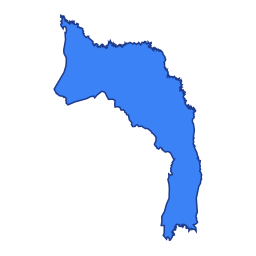 the district of Chum Phae, Khon Kaen, Thailand, rotated 181°
{"feature_id": "78962969B27805721585516", "entity_name": "Chum Phae", "entity_type": "district", "adm_level": 2, "iso_a3": "THA", "parent_name": "Thailand", "parent_adm1": "Khon Kaen", "projection": "equal_earth", "projection_center": [102.084, 16.658], "detail": "fine", "context": "isolated", "style": "filled", "palette": "blue", "viewbox_px": 256, "rotation_deg": 181, "n_neighbors": 0, "source": "geoboundaries", "source_scale": "gbopen_adm2", "svg_char_len": 5800}
<svg xmlns="http://www.w3.org/2000/svg" viewBox="0 0 256 256"><g transform="rotate(181 128 128)"><path d="M197.2,237.7L196.3,237.6L195.7,235.9L196.0,234.3L197.0,233.6L195.9,232.7L196.4,231.6L196.0,231.1L197.0,230.5L196.7,229.2L194.6,226.2L194.2,228.0L192.2,228.4L191.2,225.1L191.6,222.1L192.6,222.3L192.0,215.1L193.6,204.8L193.3,201.5L190.9,197.0L190.9,192.5L191.1,189.1L192.9,182.6L202.5,165.6L200.1,161.1L199.5,161.3L197.4,159.2L193.4,158.5L192.6,157.5L192.1,158.0L190.9,157.1L190.0,155.9L190.7,154.3L190.1,153.8L190.3,151.9L188.4,150.1L181.5,153.2L169.7,156.7L166.3,158.6L163.0,159.3L161.8,157.6L159.8,160.2L155.3,163.9L153.9,164.1L151.7,163.2L148.0,156.3L143.7,156.5L141.4,155.3L141.7,151.5L141.3,148.7L139.0,149.2L136.5,148.5L135.1,145.7L133.0,146.1L131.7,145.1L131.4,143.7L130.1,142.9L129.6,141.3L127.8,140.8L126.8,136.2L124.4,133.6L124.5,131.4L123.4,129.5L121.0,129.7L119.9,131.1L118.7,131.4L117.3,129.7L114.3,130.0L110.8,127.8L108.4,127.8L104.9,125.2L104.0,123.5L102.4,122.5L99.8,119.3L99.8,115.7L101.3,112.2L100.4,110.5L99.4,110.2L98.9,108.5L96.9,107.5L95.5,109.2L93.6,108.2L93.7,107.2L90.3,104.6L88.1,105.2L86.6,104.8L84.9,103.6L81.6,97.3L81.1,97.4L83.2,94.3L82.9,93.3L84.2,91.2L83.6,90.6L84.6,88.2L84.0,87.2L84.5,86.6L84.5,85.3L83.7,84.6L82.9,82.2L84.6,81.7L86.4,82.8L86.2,79.4L87.2,77.5L86.0,72.3L85.6,68.0L85.7,58.5L88.3,52.1L90.0,45.3L92.7,40.1L92.5,35.1L93.1,31.1L90.0,31.1L90.0,23.3L90.9,21.3L87.5,17.5L86.9,19.6L86.1,19.8L84.6,17.7L84.6,16.6L83.9,16.6L81.8,20.0L81.9,20.9L79.7,22.0L79.9,22.8L81.0,22.5L80.6,23.8L81.0,24.6L81.7,24.0L82.3,24.6L80.0,28.0L79.5,27.9L79.2,26.7L78.6,27.1L79.6,30.1L79.1,30.7L78.1,29.8L78.4,31.8L77.5,32.6L76.5,32.6L76.2,31.9L74.7,32.2L75.0,30.6L73.0,30.5L72.2,32.5L71.6,32.6L72.0,30.4L71.5,29.8L69.8,32.4L68.0,31.2L68.3,29.4L68.0,28.8L66.6,30.0L66.6,28.8L65.3,28.7L65.3,26.1L63.0,28.9L62.3,28.6L62.2,27.6L61.4,28.1L59.2,27.5L58.1,26.0L58.4,29.5L61.0,32.3L58.8,33.1L56.8,34.8L58.0,37.8L57.8,39.1L58.6,40.3L58.0,43.3L57.2,44.7L58.5,58.9L56.2,70.9L54.6,74.0L54.3,77.4L53.6,77.8L54.0,81.2L53.5,82.3L54.9,85.7L55.4,85.7L55.5,86.9L54.7,87.9L55.4,89.2L55.1,91.4L55.7,92.8L55.2,96.5L56.4,96.2L56.8,98.1L58.1,98.6L58.0,99.2L57.1,99.6L58.1,101.7L58.7,104.5L61.1,109.3L61.5,110.6L60.8,110.8L61.5,112.1L62.3,112.2L62.5,114.0L62.0,115.0L62.6,117.5L61.8,119.0L62.4,119.1L62.4,120.7L61.6,126.9L62.7,133.6L63.7,134.9L63.7,138.1L62.5,138.8L62.0,140.6L62.6,141.3L62.2,142.6L62.9,144.0L60.7,146.3L61.5,147.5L61.4,146.2L62.4,146.4L62.1,147.3L62.6,148.1L62.2,147.6L61.8,148.2L62.9,149.5L63.5,148.8L63.3,147.7L64.1,147.8L64.9,150.1L65.7,149.0L65.9,150.5L66.5,149.7L65.9,148.9L66.0,148.2L67.2,148.6L67.5,149.4L67.9,148.8L68.5,150.3L67.4,150.9L67.8,152.2L68.2,152.3L69.0,150.3L71.1,153.0L70.9,154.2L71.6,154.4L70.2,156.2L70.6,156.7L71.3,156.0L71.4,156.6L72.1,156.7L71.7,158.2L72.5,158.5L72.1,159.5L72.8,158.8L73.4,160.7L71.8,162.4L73.0,162.7L73.4,163.5L72.4,163.2L71.9,163.7L72.2,164.2L71.0,164.9L72.8,164.8L72.6,166.2L73.1,165.5L73.7,165.7L73.2,166.3L73.5,167.0L75.0,166.9L74.9,165.6L75.4,166.6L76.8,166.2L76.5,168.1L75.2,167.6L75.5,169.1L76.2,168.3L76.9,169.5L74.7,169.9L75.7,170.9L74.7,172.1L75.6,172.2L75.6,173.4L76.4,174.0L75.3,175.2L75.4,176.0L76.2,175.3L76.2,177.0L76.9,176.3L78.0,176.9L77.7,178.4L78.9,177.6L79.1,176.3L79.2,177.8L79.9,177.3L81.0,177.8L80.3,178.2L80.4,178.8L81.9,179.3L82.4,180.4L84.0,179.2L84.2,180.1L85.9,180.0L85.6,180.6L87.3,179.3L87.5,180.7L88.5,181.3L88.2,180.5L89.1,179.9L88.9,180.6L89.6,180.8L88.5,182.4L89.2,183.4L88.9,183.9L89.2,185.2L90.1,186.2L89.9,187.0L90.6,186.5L91.3,188.4L91.7,187.7L92.5,189.1L92.6,193.4L93.2,193.9L91.6,196.6L91.6,197.6L92.3,198.2L92.2,199.5L94.1,202.1L94.7,204.1L96.5,206.1L97.3,206.4L97.1,205.3L97.9,205.4L97.8,206.1L98.6,206.0L99.1,207.2L100.6,206.1L100.4,207.3L101.8,208.3L101.8,207.4L102.6,207.8L103.3,206.5L103.5,208.9L104.3,208.5L104.1,207.8L104.6,207.1L104.7,208.0L105.3,207.6L105.8,208.5L107.0,208.7L106.7,209.9L108.3,208.9L108.8,209.8L107.7,209.6L106.7,211.0L106.9,211.7L107.8,211.7L106.2,213.1L106.4,213.9L108.1,212.9L109.4,214.4L109.4,213.4L110.7,212.3L111.4,212.8L111.6,214.1L112.1,213.9L112.0,214.6L113.0,214.7L113.9,213.3L115.4,213.9L116.7,211.3L118.7,213.6L119.2,212.6L120.2,212.7L121.1,211.7L123.4,213.4L124.5,212.1L127.6,213.6L129.4,212.5L131.2,212.7L131.4,212.0L132.2,212.8L132.1,212.1L132.7,211.8L132.5,211.0L133.6,211.0L133.5,211.8L133.9,210.5L134.6,210.7L134.9,209.0L136.2,209.8L136.4,211.2L137.1,211.1L137.0,210.3L137.8,211.3L138.4,211.1L138.4,210.1L139.8,210.0L139.8,209.2L141.7,208.8L141.3,211.5L142.5,209.9L143.3,209.6L143.3,210.3L144.2,209.7L144.6,210.6L143.6,211.8L144.4,211.7L144.4,212.4L145.2,211.4L145.1,212.4L145.9,212.8L146.4,211.9L146.2,212.9L147.2,214.9L147.5,213.8L147.9,213.9L147.2,213.2L147.4,212.6L148.2,213.6L148.8,213.4L149.2,210.7L150.8,210.0L150.3,209.6L150.1,208.0L151.0,207.3L151.7,207.7L151.3,208.2L151.8,208.7L152.2,208.1L153.8,209.2L154.3,208.9L154.3,209.8L153.7,209.9L154.9,211.3L155.6,211.1L155.4,209.7L156.2,210.4L156.4,209.5L157.0,209.7L157.2,208.3L158.1,208.9L159.3,208.3L159.4,209.2L160.2,209.2L159.5,210.5L160.5,211.5L161.4,211.7L162.8,209.7L163.4,209.9L162.7,211.1L164.8,211.6L164.5,213.8L169.1,217.6L168.9,218.9L170.2,218.9L171.4,217.7L172.5,218.8L174.3,221.0L173.7,221.7L174.5,222.5L174.2,224.1L175.2,224.8L175.0,226.5L177.1,227.5L177.7,227.1L178.8,228.2L180.1,228.0L179.5,231.0L180.9,231.6L181.0,230.7L183.0,230.5L183.8,231.3L183.5,231.8L184.3,232.1L184.0,233.1L184.4,232.8L184.9,233.8L185.5,232.4L185.7,233.2L186.5,233.6L186.7,232.7L187.7,233.7L187.3,232.8L188.0,231.0L188.8,231.5L188.1,232.1L188.4,233.3L189.1,232.1L190.6,232.9L190.8,233.7L190.3,233.6L190.3,234.2L191.7,235.0L192.0,234.3L192.5,235.2L192.8,234.7L193.5,237.5L194.2,237.3L194.1,238.7L195.0,238.9L195.4,238.2L197.1,239.4L197.2,237.7Z" fill="#3b82f6" stroke="#1e3a8a" stroke-width="1.5"/></g></svg>